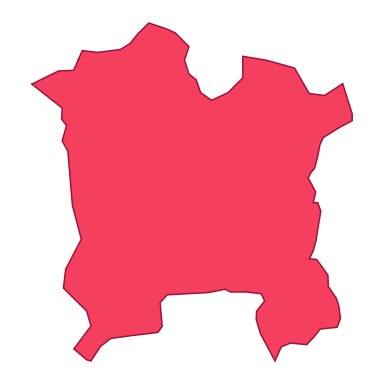 outline of Dibër, Dibër, Albania
{"feature_id": "67620474B73468897065558", "entity_name": "Dibër", "entity_type": "district", "adm_level": 2, "iso_a3": "ALB", "parent_name": "Albania", "parent_adm1": "Dibër", "projection": "mercator", "projection_center": [20.381, 41.713], "detail": "fine", "context": "isolated", "style": "filled", "palette": "rose", "viewbox_px": 384, "rotation_deg": 0, "n_neighbors": 0, "source": "geoboundaries", "source_scale": "gbopen_adm2", "svg_char_len": 1130}
<svg xmlns="http://www.w3.org/2000/svg" viewBox="0 0 384 384"><path d="M97.8,52.4L82.3,50.6L73.6,70.3L58.4,71.0L31.8,84.1L62.2,108.1L61.6,119.1L66.5,125.6L62.2,140.9L67.9,151.3L72.4,205.2L81.3,239.2L65.7,269.1L63.4,288.1L86.6,311.0L91.0,326.0L80.6,339.9L73.9,348.9L86.6,359.8L90.9,361.0L100.5,346.4L110.6,338.5L130.7,335.7L158.0,332.4L162.2,326.2L160.1,302.7L167.2,294.8L208.3,292.6L225.1,289.2L230.6,292.0L246.1,292.0L261.2,293.7L264.6,301.0L256.6,311.1L256.2,319.5L260.4,333.5L275.0,361.0L281.3,346.9L290.6,343.0L306.5,344.7L313.6,337.4L320.3,329.0L337.1,327.3L340.5,318.4L338.8,306.0L336.3,298.2L328.3,286.4L327.9,275.2L316.6,259.4L309.4,258.9L313.2,251.0L316.1,240.4L317.8,229.1L320.8,211.2L317.8,202.7L313.2,202.7L315.7,192.0L308.2,178.0L311.1,172.4L314.5,168.4L317.8,156.1L319.9,144.8L323.3,137.5L339.6,127.4L352.2,120.6L352.2,113.9L342.7,83.7L324.5,95.5L309.2,93.5L294.6,68.1L266.2,60.2L242.8,56.3L242.8,77.8L228.3,92.5L211.5,100.3L200.6,92.5L196.2,79.8L188.9,73.9L184.5,60.2L188.9,46.5L175.1,32.8L166.3,28.9L148.8,23.0L137.9,33.8L129.9,43.6L120.4,49.5L97.8,52.4Z" fill="#f43f5e" stroke="#9f1239" stroke-width="1.5"/></svg>